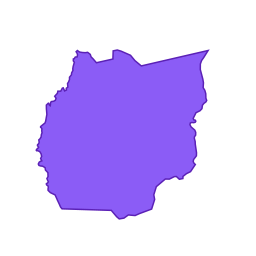 the district of Bakouma, Mbomou, Central African Republic, rotated 167°
{"feature_id": "33826404B59000496677715", "entity_name": "Bakouma", "entity_type": "district", "adm_level": 2, "iso_a3": "CAF", "parent_name": "Central African Republic", "parent_adm1": "Mbomou", "projection": "mercator", "projection_center": [22.809, 5.544], "detail": "fine", "context": "isolated", "style": "filled", "palette": "violet", "viewbox_px": 256, "rotation_deg": 167, "n_neighbors": 0, "source": "geoboundaries", "source_scale": "gbopen_adm2", "svg_char_len": 2246}
<svg xmlns="http://www.w3.org/2000/svg" viewBox="0 0 256 256"><g transform="rotate(167 128 128)"><path d="M210.5,64.1L162.8,51.5L159.0,44.1L157.0,41.4L152.2,41.1L147.2,43.2L140.8,41.1L136.2,42.0L123.2,43.7L118.1,52.4L117.9,57.1L113.6,64.5L103.1,69.9L99.2,68.9L93.9,70.2L91.8,69.9L89.5,66.5L85.9,66.4L85.3,68.5L81.2,70.4L76.9,71.4L70.6,77.3L71.7,79.0L72.0,80.7L71.2,82.5L67.6,85.5L66.8,88.5L66.1,97.0L65.6,99.8L65.7,103.2L65.2,104.5L63.7,105.8L63.0,108.5L63.4,110.9L66.3,114.9L66.9,117.4L66.1,118.9L64.6,119.0L62.8,118.4L61.2,118.5L60.4,119.4L60.7,120.5L62.1,121.2L62.3,122.7L58.3,127.6L54.0,128.6L51.6,130.2L50.3,133.5L48.5,134.9L46.2,135.9L45.1,137.2L45.4,139.5L44.5,144.0L44.7,147.5L45.7,150.4L44.3,155.1L44.1,158.8L44.4,168.7L43.1,174.1L41.1,177.2L38.3,179.7L32.5,185.5L101.1,185.5L106.1,192.1L109.2,198.3L117.4,204.4L120.9,206.4L125.1,206.5L127.2,198.6L144.1,198.7L146.4,203.1L148.0,205.7L148.2,208.2L150.3,210.8L152.7,211.0L155.4,211.8L158.1,212.9L159.9,214.9L161.4,214.0L160.8,212.3L160.7,210.6L161.6,208.7L163.4,209.0L164.9,207.6L165.7,207.6L166.2,205.7L165.5,204.1L167.6,200.3L168.5,198.1L168.7,196.5L170.6,194.3L171.1,192.6L173.6,190.6L174.1,188.4L175.7,186.1L176.9,185.0L177.4,181.4L179.2,180.6L179.4,178.9L181.4,178.4L182.1,181.7L183.0,181.6L185.3,179.0L188.0,179.7L189.0,177.7L191.2,176.2L192.3,175.4L191.4,173.2L192.6,171.3L194.5,170.8L196.8,171.0L197.8,170.1L198.4,168.0L198.8,167.2L199.4,168.0L199.6,169.3L200.1,170.1L201.6,169.2L202.4,168.7L203.2,165.0L204.0,159.5L206.7,153.2L207.7,151.6L212.8,149.1L213.0,148.3L212.3,147.5L212.1,146.4L212.5,145.4L212.8,143.7L212.8,142.7L213.9,141.1L214.7,138.8L216.4,137.1L217.5,136.6L217.7,135.7L217.7,134.5L218.0,133.6L218.8,132.6L219.8,132.2L220.2,131.1L219.8,130.4L219.4,129.4L219.8,128.9L221.2,128.2L222.4,127.1L222.1,126.4L221.7,126.5L219.4,125.0L218.5,122.5L218.5,119.8L220.0,117.9L219.4,115.4L220.5,115.3L222.2,114.7L223.5,113.1L223.2,111.6L221.8,110.7L219.8,110.0L217.7,108.0L217.9,105.6L216.1,102.5L216.6,100.0L216.8,98.7L218.4,97.0L218.0,94.7L217.7,93.5L218.9,92.4L220.0,92.2L220.2,91.5L220.0,90.7L219.0,89.6L218.9,88.4L219.6,86.7L219.9,85.2L218.2,82.5L214.1,79.2L213.4,75.8L213.0,73.5L212.1,69.4L211.5,66.2L210.5,64.1Z" fill="#8b5cf6" stroke="#5b21b6" stroke-width="1.5"/></g></svg>